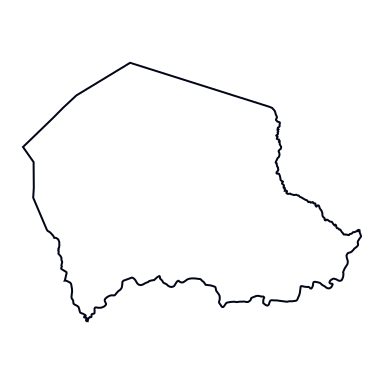 Quimistan, Santa Bárbara, Honduras
{"feature_id": "27666195B58138028057911", "entity_name": "Quimistan", "entity_type": "district", "adm_level": 2, "iso_a3": "HND", "parent_name": "Honduras", "parent_adm1": "Santa Bárbara", "projection": "robinson", "projection_center": [-88.275, 15.416], "detail": "fine", "context": "isolated", "style": "outline", "palette": "ink", "viewbox_px": 384, "rotation_deg": 0, "n_neighbors": 0, "source": "geoboundaries", "source_scale": "gbopen_adm2", "svg_char_len": 6024}
<svg xmlns="http://www.w3.org/2000/svg" viewBox="0 0 384 384"><path d="M130.1,62.8L76.4,95.4L63.3,107.6L52.8,118.2L23.0,147.0L33.6,162.1L33.8,187.9L33.2,197.7L46.9,229.9L47.8,231.0L49.9,232.2L51.3,233.6L52.4,234.9L53.0,235.4L54.3,237.9L55.6,237.8L56.2,238.0L57.8,239.0L58.4,239.8L58.8,240.8L59.2,241.8L59.3,242.7L59.3,244.9L59.4,245.5L59.1,246.7L59.1,247.6L58.4,248.5L58.7,249.6L58.2,250.2L58.3,250.7L58.7,251.4L58.7,252.1L58.4,253.3L58.5,253.8L60.3,255.8L61.3,257.4L61.5,258.9L61.4,259.6L62.2,262.2L61.4,265.3L61.9,266.6L61.4,267.4L61.2,268.5L61.5,269.1L66.3,272.0L66.5,272.3L66.6,273.2L64.9,280.3L64.7,280.7L65.8,280.7L66.7,280.9L70.1,282.6L70.8,283.4L71.3,284.8L72.0,289.1L72.1,291.6L71.5,296.4L71.7,298.4L73.1,300.4L73.5,303.6L74.2,304.3L77.4,306.0L78.5,307.0L79.2,309.0L79.8,311.7L80.3,312.6L81.3,313.2L82.7,313.6L83.9,314.3L85.4,315.1L85.7,315.6L85.6,316.1L84.4,316.6L84.1,317.1L84.3,317.4L86.3,317.9L86.8,318.3L86.8,318.9L86.2,319.6L86.0,320.1L86.1,320.5L86.4,320.9L87.0,321.2L87.7,321.2L88.1,319.2L88.7,318.1L89.8,317.1L90.6,317.3L91.3,317.0L91.5,316.4L91.5,315.0L91.7,314.3L92.6,313.9L93.8,313.7L94.4,313.3L94.6,311.9L94.5,308.7L94.9,307.8L95.4,307.5L96.0,307.4L98.6,307.8L101.1,307.7L103.6,306.8L105.2,305.6L105.9,304.7L106.1,304.0L105.8,303.2L104.8,301.0L104.7,300.1L105.0,299.2L105.7,298.3L107.3,297.0L109.5,295.8L111.4,295.3L113.8,295.4L114.5,295.3L115.0,295.0L118.0,291.4L120.5,289.5L121.4,288.3L121.8,287.3L122.0,286.4L122.4,283.7L122.3,282.2L122.9,281.2L123.7,280.6L130.0,278.3L131.7,277.6L132.8,277.8L134.4,279.0L135.3,280.1L137.3,283.4L138.2,284.3L139.4,284.9L140.9,285.1L142.7,284.6L146.0,282.8L148.2,282.0L148.9,281.3L149.4,281.0L151.8,280.4L154.2,280.0L157.1,277.3L158.6,276.4L159.4,276.1L159.6,276.3L159.9,276.8L160.1,278.6L162.0,280.4L163.4,282.7L166.6,284.3L167.8,285.5L169.2,286.4L170.3,286.8L171.5,287.0L172.8,286.7L174.2,286.0L176.5,282.2L177.2,281.4L178.2,280.8L178.7,280.8L179.3,281.5L180.6,282.2L182.0,282.5L182.8,282.4L184.0,281.8L185.5,280.8L186.8,279.7L189.3,278.7L191.8,278.4L194.5,278.4L200.2,279.1L200.9,279.5L202.0,280.7L203.9,282.2L205.6,284.8L210.7,285.4L214.2,286.5L214.9,286.8L215.3,287.1L215.7,288.1L216.0,289.8L216.2,290.7L219.0,294.6L219.6,296.0L219.8,298.8L219.0,302.1L219.1,302.7L219.6,303.6L220.7,305.0L221.6,306.5L222.2,307.0L222.7,307.1L223.2,307.0L223.8,306.5L224.5,305.6L226.0,303.3L226.7,302.7L230.2,302.0L234.2,301.7L236.7,302.1L239.6,301.7L241.7,301.7L243.7,301.5L246.6,302.0L247.8,302.0L248.9,301.5L250.3,300.4L250.8,299.6L251.0,298.5L251.5,297.9L255.9,296.1L257.0,295.9L258.9,295.9L261.1,296.5L263.1,296.5L263.8,296.9L264.2,297.6L263.7,298.7L263.3,300.0L263.2,303.0L265.1,304.6L266.3,305.3L267.2,305.6L267.9,305.4L268.5,304.9L269.0,304.1L269.4,302.6L270.1,301.1L270.5,300.6L271.4,300.2L274.6,300.4L276.5,300.4L286.5,301.7L287.4,301.7L289.4,301.2L291.9,301.3L295.6,300.8L296.6,300.4L297.2,299.8L299.2,295.2L299.7,293.6L300.0,292.0L300.6,286.8L300.8,286.4L301.2,286.2L301.7,286.1L304.5,286.7L307.1,287.0L308.5,286.9L309.5,287.4L310.3,288.4L311.3,288.5L311.9,287.9L312.7,286.2L312.9,285.5L313.2,283.1L313.5,282.3L314.0,281.9L315.1,281.8L317.4,282.2L319.6,282.8L320.4,283.3L322.3,285.0L324.8,286.4L326.9,288.0L327.4,288.2L329.2,288.4L330.2,288.0L331.4,287.0L332.5,284.9L332.6,284.3L332.4,283.9L331.9,283.7L330.3,283.5L329.8,283.1L329.5,282.5L329.6,281.8L329.9,281.1L330.6,280.3L331.7,279.5L333.0,278.8L334.1,278.7L336.2,279.3L338.7,280.7L339.8,280.8L341.0,280.6L342.0,279.7L343.0,277.2L343.3,275.8L343.4,273.6L343.5,273.3L343.1,272.4L343.3,271.6L344.7,268.4L347.0,264.9L347.5,263.9L347.7,262.8L347.8,261.1L346.7,257.3L346.5,255.4L347.6,253.4L348.4,252.9L350.5,252.3L351.7,251.6L353.7,249.5L354.2,248.7L356.7,246.8L357.8,245.5L358.0,245.0L358.1,244.1L357.7,242.8L357.9,241.3L359.2,239.1L360.8,236.9L361.0,236.5L360.7,234.9L359.8,232.8L359.5,230.2L358.8,229.9L358.5,230.1L357.8,230.1L357.6,230.3L357.9,231.1L356.9,231.1L354.6,232.1L353.1,232.2L351.7,233.6L349.9,234.1L349.6,234.2L349.3,234.8L348.7,235.1L347.1,234.8L346.0,234.5L345.3,234.7L344.8,234.4L343.6,234.4L343.0,233.3L341.7,231.9L340.4,229.7L339.3,229.6L338.5,228.5L337.1,228.2L336.7,227.9L336.4,227.2L336.1,225.4L335.5,224.7L335.1,224.8L334.9,225.4L334.6,225.5L333.3,224.1L331.9,221.9L329.8,221.5L327.5,219.8L326.8,219.7L325.7,220.4L324.8,220.0L324.6,219.6L324.7,218.4L323.0,216.7L322.6,215.9L322.4,214.8L322.3,212.6L321.8,211.8L321.5,210.6L319.9,208.6L319.0,206.0L318.6,205.5L317.7,205.4L317.1,205.8L316.6,206.5L316.2,206.5L315.5,205.6L315.5,204.2L315.3,203.6L315.1,203.4L314.7,203.3L313.9,203.4L313.4,203.2L312.8,202.2L312.5,202.1L310.9,202.6L310.5,202.5L309.8,201.8L308.4,202.1L307.1,200.4L305.0,199.6L301.7,197.6L299.7,196.7L298.6,195.5L297.6,195.4L296.2,194.7L294.7,195.0L293.9,195.0L291.0,194.2L290.2,193.6L288.6,193.9L287.5,193.8L286.5,193.1L286.4,192.7L286.9,191.8L287.0,191.2L286.2,190.6L285.4,190.8L285.0,190.8L285.3,190.2L284.7,189.7L284.9,188.6L284.8,188.0L284.5,187.7L284.1,187.9L283.8,187.9L283.5,187.1L284.0,185.7L284.0,185.4L283.3,184.6L282.3,183.9L282.1,183.6L282.1,182.9L282.8,182.0L282.9,181.6L281.3,180.7L280.5,179.7L280.4,178.1L279.7,175.3L279.1,174.0L278.6,173.6L277.3,173.7L276.7,173.5L276.5,173.2L276.7,172.1L278.1,170.5L278.2,170.0L278.3,169.4L278.0,168.6L278.0,167.5L277.1,166.4L277.1,165.6L276.6,164.3L276.7,163.4L275.9,162.9L275.7,162.6L275.7,162.2L277.6,158.1L278.7,157.2L279.4,155.5L279.5,154.6L279.4,153.4L278.7,151.5L278.6,151.1L279.5,149.8L280.9,148.6L281.1,147.5L281.1,146.7L279.8,144.5L279.7,142.8L278.9,141.9L279.1,141.5L279.7,141.2L279.7,140.9L279.2,140.5L278.8,139.5L277.6,139.3L276.8,138.7L276.8,138.3L277.6,136.8L277.4,136.3L276.6,136.0L276.3,135.6L276.5,135.2L277.5,134.5L278.0,133.9L278.0,133.5L277.6,132.3L278.2,131.8L278.3,131.4L277.6,130.4L277.5,129.8L278.4,129.3L277.7,128.6L277.7,128.3L277.9,127.7L279.2,126.8L279.6,126.3L279.6,124.4L279.9,122.8L279.5,122.2L278.3,121.9L277.2,121.4L276.8,120.8L276.1,120.2L276.0,119.5L276.9,117.6L276.8,116.5L275.7,114.3L275.3,112.4L274.6,110.7L272.2,108.0L269.7,106.9L130.1,62.8Z" fill="none" stroke="#020617" stroke-width="2"/></svg>